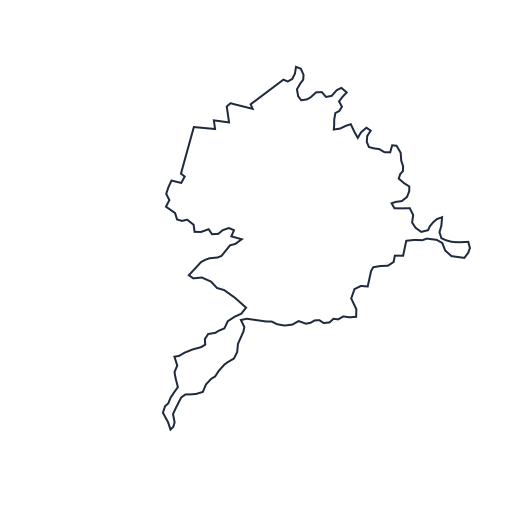 the district of Pérola d'Oeste, Paraná, Brazil, rotated 139°
{"feature_id": "56859067B51279708820455", "entity_name": "Pérola d'Oeste", "entity_type": "district", "adm_level": 2, "iso_a3": "BRA", "parent_name": "Brazil", "parent_adm1": "Paraná", "projection": "natural_earth1", "projection_center": [-53.752, -25.846], "detail": "fine", "context": "isolated", "style": "outline", "palette": "slate", "viewbox_px": 512, "rotation_deg": 139, "n_neighbors": 0, "source": "geoboundaries", "source_scale": "gbopen_adm2", "svg_char_len": 2716}
<svg xmlns="http://www.w3.org/2000/svg" viewBox="0 0 512 512"><g transform="rotate(139 256 256)"><path d="M434.4,181.1L430.4,181.4L426.6,183.8L422.3,191.2L415.7,194.1L405.3,198.3L400.1,197.8L395.7,194.1L391.5,191.1L385.3,188.3L378.0,191.9L370.4,192.7L365.9,191.9L359.2,193.8L351.0,194.8L346.7,194.4L339.8,193.1L333.2,195.9L327.3,201.5L314.9,207.3L311.4,210.0L309.4,217.6L304.1,214.7L291.4,200.0L287.2,196.3L284.8,190.6L280.1,184.8L273.6,180.4L266.5,178.9L262.7,172.1L258.6,169.8L254.0,168.9L250.3,166.0L248.9,161.0L244.0,157.6L238.8,157.8L235.5,154.2L229.7,153.1L225.8,148.5L220.3,144.4L215.2,150.0L212.0,161.5L203.3,166.4L196.4,164.5L191.7,159.7L179.1,169.1L174.8,170.6L168.8,166.9L162.8,162.1L156.1,161.2L151.0,165.2L144.8,159.7L132.6,168.9L125.9,164.2L120.1,158.8L115.6,157.0L109.0,149.6L106.9,143.6L109.6,136.1L108.6,127.7L100.0,117.9L93.7,119.2L89.4,121.6L86.5,127.4L92.2,131.9L95.8,135.0L99.3,138.7L102.3,143.3L104.4,147.8L101.9,153.6L96.2,157.3L90.1,163.2L95.4,165.2L100.2,165.2L105.2,164.4L109.2,162.6L115.5,165.8L117.1,172.8L116.2,178.9L110.5,183.8L108.6,191.2L114.5,196.1L120.2,201.2L119.1,206.8L115.1,205.2L110.0,201.8L103.3,201.5L97.8,204.4L94.7,207.9L96.5,213.9L97.5,220.8L93.4,223.2L89.4,223.7L86.1,227.2L83.9,232.6L79.1,239.0L77.6,247.0L80.6,250.2L86.7,246.2L90.9,250.0L92.9,255.9L96.7,260.2L99.3,264.2L97.5,269.5L93.2,273.7L87.2,275.3L88.5,280.4L95.7,280.4L101.7,278.4L100.4,284.8L98.0,293.3L103.1,295.4L108.9,297.0L114.3,300.4L111.2,303.4L107.5,307.6L102.4,311.8L97.8,310.8L93.2,312.3L91.9,318.2L86.7,319.3L80.2,320.0L81.3,326.9L86.3,328.2L93.8,327.2L98.8,330.1L98.8,336.5L103.3,340.1L110.5,339.9L114.7,340.7L119.7,343.9L119.4,348.8L115.8,354.9L109.5,357.1L104.7,358.1L101.3,361.5L99.3,367.9L101.7,372.5L107.0,368.1L112.5,365.8L117.6,366.9L119.6,371.1L160.5,374.0L162.0,369.3L172.5,384.3L175.0,388.0L180.0,388.0L188.7,374.5L198.8,386.0L203.6,378.7L218.3,394.1L258.6,367.4L257.7,362.7L264.5,360.2L270.3,368.4L277.1,365.3L283.0,361.8L284.7,355.0L291.6,352.3L288.9,341.5L291.6,335.4L288.9,331.1L284.1,328.5L282.6,320.5L286.5,314.5L281.7,310.2L274.2,307.3L274.9,301.3L270.0,297.5L264.1,297.3L258.1,294.9L255.7,289.9L261.7,287.0L255.8,278.0L263.8,278.7L268.5,281.1L272.9,280.3L282.1,278.7L286.0,280.1L292.6,284.8L296.8,286.4L301.7,287.5L308.1,286.7L319.3,285.6L318.0,280.3L311.0,275.3L306.8,266.3L306.4,257.4L302.4,251.2L299.3,238.2L297.4,223.5L305.0,222.1L312.0,224.2L320.2,225.3L327.3,222.1L333.0,224.0L337.1,224.7L343.3,228.5L349.0,226.9L352.5,222.4L357.2,223.2L364.8,226.9L373.0,229.8L379.7,231.1L383.6,233.5L387.3,225.0L393.7,221.8L396.7,216.8L401.0,208.3L407.3,206.8L413.1,205.2L419.0,202.3L423.1,202.3L429.1,198.8L431.4,188.3L434.4,181.1Z" fill="none" stroke="#1e293b" stroke-width="2"/></g></svg>